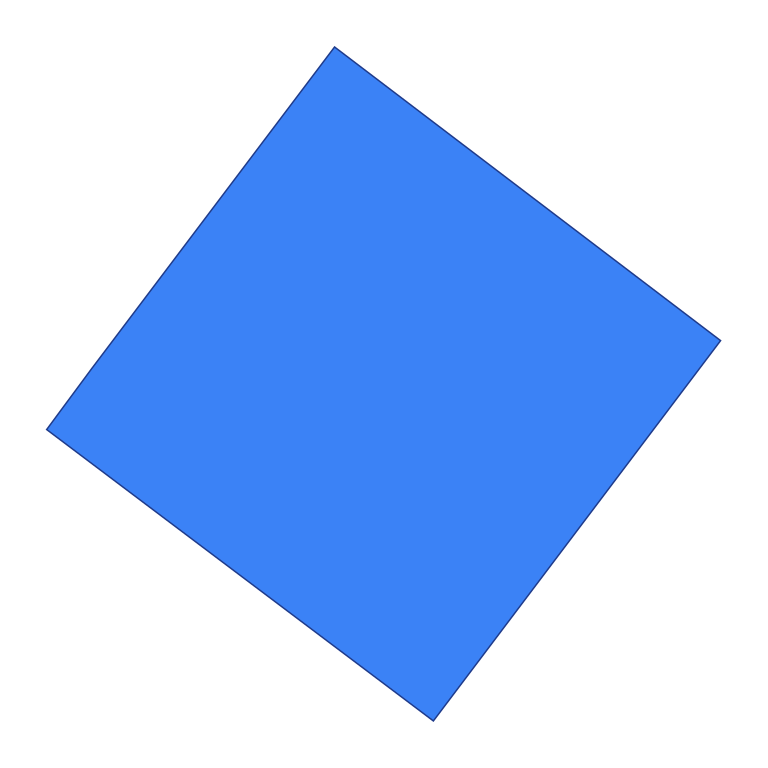 Glasscock, Texas, United States of America (Robinson projection), rotated 307°
{"feature_id": "52423323B694996530293", "entity_name": "Glasscock", "entity_type": "district", "adm_level": 2, "iso_a3": "USA", "parent_name": "United States of America", "parent_adm1": "Texas", "projection": "robinson", "projection_center": [-101.592, 31.869], "detail": "fine", "context": "isolated", "style": "filled", "palette": "blue", "viewbox_px": 768, "rotation_deg": 307, "n_neighbors": 0, "source": "geoboundaries", "source_scale": "gbopen_adm2", "svg_char_len": 243}
<svg xmlns="http://www.w3.org/2000/svg" viewBox="0 0 768 768"><g transform="rotate(307 384 384)"><path d="M144.6,626.2L621.2,626.7L623.4,141.7L220.4,141.3L144.6,142.0L144.6,626.2Z" fill="#3b82f6" stroke="#1e3a8a" stroke-width="1.5"/></g></svg>